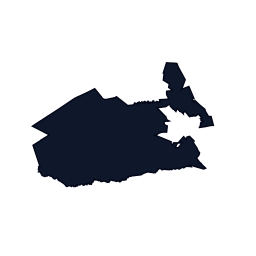 outline of Umguza, Matabeleland North, Zimbabwe, rotated 295°
{"feature_id": "62879985B92853728292751", "entity_name": "Umguza", "entity_type": "district", "adm_level": 2, "iso_a3": "ZWE", "parent_name": "Zimbabwe", "parent_adm1": "Matabeleland North", "projection": "equal_earth", "projection_center": [27.996, -19.86], "detail": "fine", "context": "isolated", "style": "filled", "palette": "ink", "viewbox_px": 256, "rotation_deg": 295, "n_neighbors": 0, "source": "geoboundaries", "source_scale": "gbopen_adm2", "svg_char_len": 5717}
<svg xmlns="http://www.w3.org/2000/svg" viewBox="0 0 256 256"><g transform="rotate(295 128 128)"><path d="M72.2,49.3L56.2,64.3L55.7,63.9L55.5,63.5L55.2,63.4L54.7,63.8L53.9,64.0L53.4,64.4L52.9,64.2L52.7,64.2L52.2,65.1L51.5,65.7L51.2,65.7L50.8,65.3L50.5,65.4L50.8,66.0L51.1,66.2L51.3,66.6L51.4,66.9L51.1,67.2L50.7,67.4L50.1,68.4L49.8,68.8L49.4,69.5L48.7,70.2L48.7,70.6L48.9,71.5L48.8,72.5L49.1,73.4L49.3,73.6L49.9,73.9L50.2,74.8L50.4,75.1L50.9,75.3L51.3,75.1L51.6,75.1L51.8,75.4L51.8,76.3L51.5,77.5L52.0,79.2L51.0,81.6L50.9,81.9L50.8,82.7L51.0,83.3L51.2,83.6L52.9,84.5L53.1,84.8L53.1,85.0L52.8,85.5L51.8,86.3L51.4,86.8L51.2,87.9L51.2,89.9L50.9,90.7L50.8,91.9L50.4,94.1L49.7,95.6L49.2,96.5L49.1,96.8L49.1,97.1L49.3,97.4L49.8,98.0L50.4,98.3L50.6,98.5L50.8,99.1L51.2,99.5L51.3,100.0L51.1,100.8L51.1,101.4L51.2,101.5L52.2,102.0L52.5,102.3L52.5,102.6L52.1,103.4L52.1,103.7L52.4,104.3L53.1,105.4L53.4,105.5L53.7,105.5L53.8,105.6L53.9,105.8L54.0,106.3L54.2,106.5L54.6,106.3L54.8,106.0L55.0,106.0L55.9,108.1L56.4,108.7L57.3,108.8L57.7,109.2L57.7,110.1L57.4,110.8L57.5,111.3L57.4,111.8L57.5,112.2L57.8,112.5L58.9,112.8L59.3,113.0L59.4,113.3L59.4,113.7L59.2,114.5L59.4,114.8L59.8,114.7L60.1,114.4L60.4,114.4L61.0,115.2L61.3,115.6L60.8,116.3L60.8,116.8L61.3,116.9L61.6,117.0L61.6,117.4L61.3,118.0L61.3,118.3L61.5,118.6L62.5,118.5L62.8,118.1L63.1,118.0L64.2,119.0L64.8,119.1L65.4,118.8L66.1,119.2L67.1,119.1L67.3,119.3L67.2,120.5L67.7,121.4L67.8,122.5L68.0,122.9L67.9,123.4L67.9,123.8L68.3,124.2L68.7,124.4L68.8,124.6L68.8,125.0L68.2,125.5L68.1,125.8L68.1,126.4L68.3,126.8L69.3,127.9L69.8,128.7L70.1,129.8L70.0,131.2L70.1,131.9L70.1,132.3L70.3,132.8L71.1,133.7L71.5,133.9L72.3,133.8L73.0,133.8L73.3,134.1L73.8,134.7L73.9,135.7L74.1,137.0L74.5,137.6L74.7,138.1L74.6,138.8L74.6,139.6L74.7,140.0L75.6,141.0L75.9,141.6L75.9,142.3L75.7,142.6L75.8,143.4L76.3,143.7L76.6,143.4L76.8,143.4L77.1,143.7L77.4,144.3L77.6,144.5L78.0,144.6L78.5,144.2L79.2,144.4L79.3,144.8L78.9,145.7L78.9,146.0L79.0,146.3L79.5,147.0L80.0,147.5L80.5,148.1L80.9,147.6L81.0,147.4L82.5,148.2L83.0,148.3L83.2,148.5L83.1,148.9L83.2,149.1L84.3,149.0L84.5,149.2L85.3,150.7L86.0,151.5L86.6,152.0L86.7,152.4L91.2,159.7L93.4,161.1L96.5,164.3L97.0,165.4L97.0,165.5L97.4,167.4L97.7,167.4L98.2,169.9L99.2,171.8L99.4,171.8L99.7,171.6L100.0,171.6L100.4,171.8L100.8,172.4L101.1,172.4L101.3,172.1L101.5,172.1L102.0,172.5L102.7,172.6L103.3,173.0L104.0,173.1L104.4,173.4L104.7,173.7L104.8,174.0L104.9,175.2L104.5,176.3L104.6,176.7L104.7,176.9L105.3,177.2L105.7,177.8L105.9,178.4L106.9,180.7L106.9,181.0L107.7,183.0L108.6,184.2L108.7,185.0L108.9,185.2L109.3,185.5L110.1,185.8L110.4,186.1L110.5,186.6L110.6,188.0L111.1,188.6L112.2,189.5L112.3,189.7L112.5,191.8L112.8,192.1L113.5,192.5L115.0,193.6L115.4,194.1L115.4,195.1L115.7,195.5L116.4,196.0L117.2,196.3L117.6,196.6L117.8,196.9L118.7,199.0L119.2,199.7L119.3,200.6L119.6,201.5L120.6,199.8L122.9,214.0L124.4,215.3L126.0,210.5L126.5,209.9L127.3,207.1L129.2,203.6L130.4,202.8L130.5,202.8L132.0,203.4L133.4,203.7L135.6,203.4L136.7,201.6L136.7,201.4L139.3,198.5L139.7,197.6L140.4,196.5L140.7,195.8L141.0,195.6L142.2,193.5L144.2,193.3L146.4,187.3L145.7,186.4L144.7,185.3L143.7,185.5L143.1,185.2L142.8,185.6L142.5,185.7L142.2,185.6L143.6,182.1L135.8,179.8L135.7,180.2L135.9,180.5L136.6,180.7L136.7,181.2L136.5,181.5L136.9,182.0L137.2,183.3L131.4,182.0L130.1,179.2L135.4,179.1L133.7,175.5L131.3,175.8L132.3,173.1L133.7,173.0L132.9,155.6L134.4,157.0L134.8,157.3L135.8,157.7L136.4,158.3L137.7,159.5L138.6,160.7L139.4,162.0L140.6,164.7L146.4,162.7L146.3,159.9L148.7,157.7L149.0,157.9L149.4,158.6L149.7,158.7L150.1,159.6L150.7,159.9L150.9,160.2L151.0,160.4L150.8,161.0L151.7,162.2L151.7,160.1L154.0,157.5L154.3,157.3L154.2,157.1L154.7,155.8L158.6,145.7L163.3,153.1L166.9,155.3L166.5,156.6L165.6,157.3L164.2,161.0L164.1,162.5L163.7,163.2L163.5,163.9L163.3,164.4L166.4,164.2L165.5,167.1L165.5,167.9L165.0,167.9L165.1,169.8L164.3,172.1L164.8,171.8L165.3,171.8L166.6,172.2L167.4,172.1L167.5,172.3L164.3,179.0L165.9,180.8L165.8,181.1L166.0,181.3L166.6,181.8L167.3,181.5L167.2,181.9L166.8,182.2L166.7,182.4L167.6,183.1L167.2,183.7L167.4,184.1L168.5,184.8L170.1,185.6L170.1,187.6L169.7,187.5L169.3,188.6L168.7,189.6L168.5,190.8L167.1,189.8L167.0,190.6L165.8,191.0L166.0,191.6L166.0,193.0L165.7,193.5L164.1,191.8L162.9,191.8L162.5,192.4L162.3,192.2L162.1,192.2L162.0,192.4L161.1,192.5L159.7,192.7L158.7,192.5L158.3,191.9L160.6,195.4L161.9,197.4L165.0,201.5L166.5,204.2L173.4,198.5L173.4,198.4L173.5,198.2L172.3,196.3L176.0,190.8L177.4,189.8L179.0,183.6L181.1,177.3L179.3,176.8L179.7,176.2L180.2,176.6L180.5,175.8L180.1,175.6L180.8,174.2L182.4,173.6L182.6,175.2L191.3,165.6L185.6,160.2L195.9,159.4L204.5,147.7L207.3,144.9L207.2,145.0L203.3,135.4L192.7,136.8L192.8,137.7L186.3,139.8L185.5,146.8L182.0,147.7L181.0,152.4L180.5,152.3L177.7,147.6L176.1,148.1L174.3,149.3L173.5,150.3L172.9,151.4L171.0,152.2L167.0,144.7L164.9,146.1L164.1,143.0L163.8,143.2L162.4,141.1L162.6,140.9L162.8,139.8L163.3,139.7L163.2,139.3L162.2,139.0L161.1,139.7L160.7,139.3L161.1,138.6L160.9,137.5L160.4,137.4L160.4,136.7L159.3,136.9L159.2,136.3L159.8,135.9L160.3,135.6L160.5,135.2L160.0,135.3L160.0,134.6L159.2,134.8L158.5,133.8L159.0,133.1L159.1,132.4L158.9,131.6L157.7,131.2L157.3,131.8L157.0,130.6L157.5,130.4L157.5,130.1L157.5,129.6L156.8,129.7L155.8,128.0L156.3,127.3L154.9,126.0L154.3,126.4L154.0,126.0L153.6,125.9L153.5,123.5L151.2,123.3L148.2,118.3L151.4,104.3L149.3,102.9L149.6,102.9L144.8,96.5L144.3,95.6L143.9,94.4L143.9,92.4L144.8,91.0L149.5,81.2L144.6,77.5L138.0,72.0L134.8,69.2L132.0,67.0L117.4,58.2L107.2,51.9L105.6,50.8L98.6,46.5L95.5,44.5L89.3,40.7L88.6,59.6L86.1,58.1L80.0,54.1L79.6,54.1L72.2,49.3Z" fill="#0f172a" stroke="#020617" stroke-width="1.5"/></g></svg>